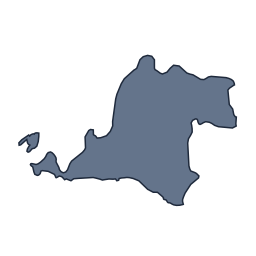 SVG path tracing the border of Banten, rotated 4°
{"feature_id": "IDN-1226", "entity_name": "Banten", "entity_type": "Province", "adm_level": 1, "iso_a3": "IDN", "parent_name": "Indonesia", "parent_adm1": "", "projection": "mercator", "projection_center": [105.895, -6.442], "detail": "fine", "context": "isolated", "style": "filled", "palette": "slate", "viewbox_px": 256, "rotation_deg": 4, "n_neighbors": 0, "source": "natural_earth", "source_scale": "10m", "svg_char_len": 2629}
<svg xmlns="http://www.w3.org/2000/svg" viewBox="0 0 256 256"><g transform="rotate(4 128 128)"><path d="M188.5,200.3L188.1,200.5L185.1,201.4L181.9,201.8L179.1,201.5L177.4,200.9L176.3,200.3L175.1,199.8L173.3,199.7L172.6,199.2L171.3,197.4L170.6,197.0L168.8,196.7L168.3,196.1L168.2,195.2L167.5,194.3L166.6,193.6L161.9,190.1L157.6,190.3L151.9,187.8L142.5,179.9L136.7,178.0L132.8,177.4L130.3,177.4L127.7,177.9L125.0,178.3L122.7,179.0L122.3,180.8L120.5,181.4L119.1,179.7L116.6,180.1L112.5,180.2L108.5,181.1L106.1,181.7L103.6,181.0L99.4,180.2L96.7,179.8L82.8,181.6L77.4,182.4L74.8,184.6L70.0,183.1L68.4,184.0L66.4,182.1L65.1,181.1L62.7,180.7L62.2,181.1L61.0,182.0L59.8,182.6L59.2,182.0L58.9,181.1L58.3,180.1L57.6,179.3L56.9,179.0L51.4,176.8L45.5,176.5L44.2,177.0L43.6,179.5L42.9,180.5L41.9,181.3L40.8,181.6L38.3,180.7L37.2,178.4L35.7,173.5L33.9,172.3L33.2,171.4L33.6,170.4L34.5,170.2L38.9,170.8L40.8,170.0L43.0,168.3L46.6,164.5L47.9,162.3L48.8,159.9L50.1,158.1L52.4,157.3L54.0,158.0L55.8,159.5L57.3,161.3L58.2,162.7L58.6,164.4L58.5,165.7L58.7,167.1L61.8,172.2L62.5,174.3L64.2,176.2L66.5,177.2L68.9,176.3L70.6,173.9L72.5,167.8L74.0,165.0L84.3,155.5L86.2,152.9L87.0,150.9L85.8,139.9L89.0,133.3L90.7,132.1L93.5,132.3L94.0,137.1L96.3,138.3L97.9,140.2L101.5,139.6L107.1,137.2L110.6,132.6L112.6,127.0L112.2,122.6L113.7,99.9L114.6,95.1L118.2,84.3L120.9,79.1L130.0,69.7L131.3,68.9L132.6,67.7L135.2,59.0L138.2,55.8L142.5,54.2L146.7,54.8L149.6,58.1L150.2,66.6L151.0,68.0L152.4,68.6L156.4,71.1L158.6,71.7L163.0,69.6L165.9,65.5L169.1,62.2L174.7,62.6L182.8,69.0L185.9,69.9L189.1,70.4L197.0,74.4L200.4,74.4L202.5,73.1L204.6,71.5L207.4,70.7L222.3,70.9L225.2,71.5L227.9,72.5L229.8,73.9L230.9,76.1L231.2,77.6L230.6,77.9L226.4,81.2L225.0,83.2L227.4,97.5L231.1,101.8L232.6,107.3L234.1,109.2L235.3,109.5L235.3,116.4L235.8,118.5L232.2,120.7L218.1,120.4L214.2,119.3L211.5,117.7L208.8,116.6L205.1,116.3L203.0,117.3L201.2,118.6L199.6,119.4L198.4,118.9L197.4,117.1L196.9,115.3L196.0,114.3L194.7,114.2L193.7,114.8L191.9,115.9L190.6,118.6L191.3,120.8L192.0,124.1L192.3,127.6L191.0,130.8L189.1,134.5L188.6,138.8L191.4,161.5L192.5,164.6L193.6,166.5L197.8,167.8L199.5,168.6L202.1,170.9L201.8,172.9L194.5,179.9L189.5,188.9L188.3,192.4L187.5,195.3L187.5,197.1L187.9,198.5L188.5,200.3ZM39.4,139.3L39.6,142.6L39.4,147.8L38.3,152.5L36.2,154.6L33.9,155.3L31.5,158.4L30.0,159.1L28.8,158.2L29.1,156.0L30.2,153.6L31.3,151.9L29.7,151.1L28.8,149.8L27.8,146.5L22.1,152.3L20.6,152.8L20.2,150.4L22.9,147.1L29.5,141.9L30.5,142.9L31.5,141.6L33.0,140.7L34.4,140.4L34.9,140.6L35.4,139.8L36.5,139.3L38.0,139.2L39.4,139.3Z" fill="#64748b" stroke="#1e293b" stroke-width="1.5"/></g></svg>